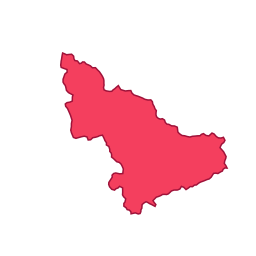 the district of Palma, Minas Gerais, Brazil, rotated 134°
{"feature_id": "56859067B72976331537795", "entity_name": "Palma", "entity_type": "district", "adm_level": 2, "iso_a3": "BRA", "parent_name": "Brazil", "parent_adm1": "Minas Gerais", "projection": "natural_earth1", "projection_center": [-42.328, -21.44], "detail": "fine", "context": "isolated", "style": "filled", "palette": "rose", "viewbox_px": 256, "rotation_deg": 134, "n_neighbors": 0, "source": "geoboundaries", "source_scale": "gbopen_adm2", "svg_char_len": 2994}
<svg xmlns="http://www.w3.org/2000/svg" viewBox="0 0 256 256"><g transform="rotate(134 128 128)"><path d="M108.2,34.2L105.5,34.0L103.3,34.5L101.2,34.9L99.5,33.5L98.3,31.7L95.2,30.9L93.4,30.2L91.7,30.9L89.5,30.6L88.0,28.9L87.0,31.7L86.6,34.1L84.4,35.6L81.9,36.6L80.4,37.6L79.5,40.3L78.7,42.7L78.5,44.9L78.3,48.1L76.1,49.0L74.0,49.4L72.0,49.0L69.5,49.7L68.4,52.9L70.6,54.1L72.3,56.1L72.8,58.5L72.5,62.0L73.3,64.1L75.3,64.2L77.5,64.3L79.2,66.8L79.6,69.8L81.6,70.8L83.5,70.8L85.4,72.6L87.4,74.3L89.2,75.9L91.5,77.2L93.0,79.5L94.2,81.8L95.9,84.0L96.4,87.3L96.2,89.4L94.9,91.0L93.2,93.1L94.2,95.9L96.2,98.2L97.0,101.2L98.2,102.7L98.1,105.0L96.9,107.3L97.4,109.7L99.1,110.9L100.0,112.8L100.1,115.2L99.1,117.0L97.5,118.5L95.8,119.7L95.4,122.1L94.4,124.0L93.6,126.7L92.1,128.8L91.9,131.1L94.0,133.1L95.7,135.9L96.3,138.2L97.3,140.7L98.3,143.1L99.2,144.8L100.1,146.8L100.1,149.5L99.1,152.0L101.0,153.8L103.2,155.6L104.3,157.7L105.4,159.9L104.8,162.3L104.2,164.4L106.9,164.7L109.0,164.8L110.8,165.2L112.9,165.2L114.6,166.8L116.4,169.4L117.2,171.7L115.8,173.8L113.8,175.0L112.6,176.4L110.8,178.1L109.6,179.7L108.7,182.0L108.1,184.2L107.4,187.7L107.4,190.3L107.2,193.3L109.4,195.4L109.4,198.2L110.2,200.6L111.0,202.5L110.8,205.2L112.1,206.6L113.8,206.6L115.4,207.6L114.9,210.9L116.4,213.1L115.7,215.1L114.1,217.0L114.1,219.8L115.8,221.3L118.0,223.1L118.7,225.2L119.5,227.1L121.7,225.7L123.1,224.7L124.8,223.5L126.4,222.5L128.0,221.2L129.5,220.1L130.8,218.2L129.6,215.3L128.3,212.5L130.1,210.6L133.0,210.9L135.8,209.6L138.0,208.6L140.1,206.6L140.7,204.7L141.0,202.6L142.1,200.7L143.7,198.4L143.9,195.4L142.5,190.5L144.3,189.6L145.7,188.3L147.3,186.8L149.6,187.7L152.1,189.5L154.3,189.8L155.7,187.9L156.0,185.0L157.5,181.3L158.8,178.2L160.0,176.0L161.3,173.6L164.1,171.8L166.4,169.6L169.3,167.7L170.7,165.4L171.7,163.1L172.7,160.7L171.6,158.3L166.5,155.3L164.3,153.8L162.9,151.3L164.3,148.3L162.4,146.7L159.5,146.6L157.1,144.9L155.0,143.7L153.3,143.1L150.9,141.4L152.0,138.2L153.1,135.7L153.6,133.2L155.2,131.8L154.6,129.0L155.9,126.5L157.5,124.8L157.7,122.6L158.8,121.0L160.3,119.7L160.1,117.6L160.1,112.7L158.8,110.3L158.8,107.8L159.5,105.7L160.7,102.9L164.4,100.1L166.7,102.1L168.9,105.6L170.7,106.7L173.0,106.7L174.3,105.2L180.4,104.0L182.0,102.7L183.1,100.4L183.4,97.1L182.0,94.5L180.1,94.5L178.0,93.5L175.8,93.5L174.8,90.3L177.8,87.3L179.9,85.5L180.5,83.4L180.5,80.5L183.2,78.8L185.1,78.6L187.1,76.7L186.7,73.9L187.3,71.9L186.1,69.9L186.3,67.7L187.6,66.2L184.0,63.8L182.7,60.9L181.1,59.9L179.3,60.6L177.8,61.9L176.1,62.3L174.7,63.5L173.2,64.7L170.7,64.4L168.5,63.8L167.8,61.9L167.4,59.9L166.7,58.0L165.6,54.1L163.7,54.8L163.4,57.5L162.9,59.6L160.9,59.6L158.1,59.6L155.9,58.4L153.8,57.5L151.8,57.0L150.3,55.6L149.0,54.0L147.3,53.2L145.1,53.1L143.1,53.0L140.7,51.8L138.2,49.3L135.8,48.3L132.9,49.0L131.9,46.7L132.0,43.5L129.4,42.9L127.0,42.6L125.3,40.8L123.0,40.6L121.4,39.2L118.7,38.9L116.6,38.3L114.8,37.4L112.7,36.4L110.3,35.4L108.2,34.2Z" fill="#f43f5e" stroke="#9f1239" stroke-width="1.5"/></g></svg>